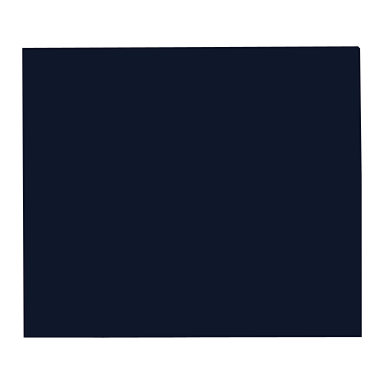 outline of Harper, Kansas, United States of America
{"feature_id": "52423323B94384145116372", "entity_name": "Harper", "entity_type": "district", "adm_level": 2, "iso_a3": "USA", "parent_name": "United States of America", "parent_adm1": "Kansas", "projection": "robinson", "projection_center": [-98.075, 37.192], "detail": "fine", "context": "isolated", "style": "filled", "palette": "ink", "viewbox_px": 384, "rotation_deg": 0, "n_neighbors": 0, "source": "geoboundaries", "source_scale": "gbopen_adm2", "svg_char_len": 329}
<svg xmlns="http://www.w3.org/2000/svg" viewBox="0 0 384 384"><path d="M361.0,336.3L360.9,176.6L359.3,48.7L357.7,47.1L23.0,48.7L24.4,336.8L25.0,336.8L92.0,336.8L103.2,336.9L110.2,336.8L129.1,336.8L147.7,336.7L169.7,336.7L210.8,336.5L214.2,336.5L217.9,336.5L361.0,336.3Z" fill="#0f172a" stroke="#020617" stroke-width="1.5"/></svg>